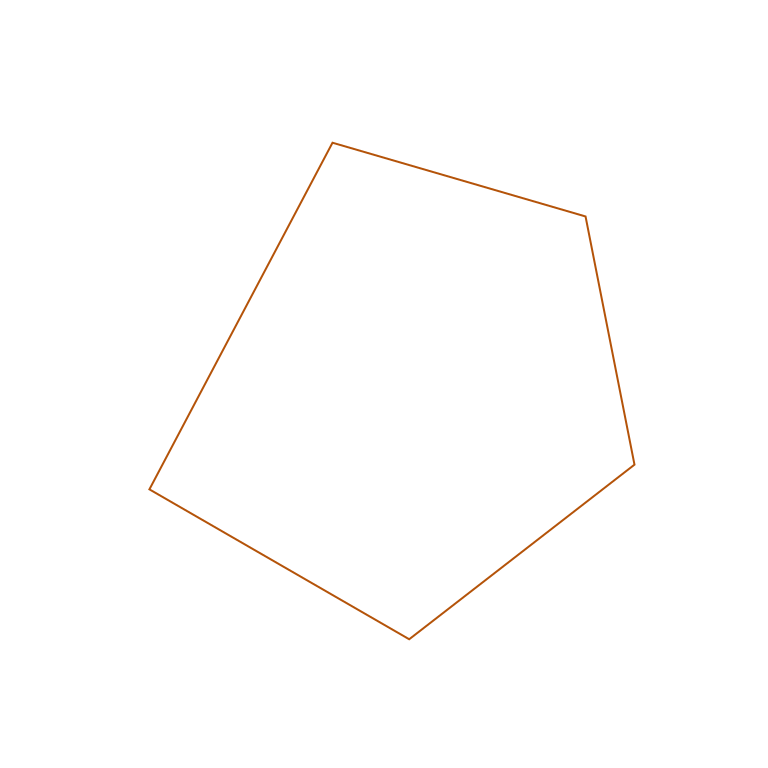 the district of Khanabad city, Andijon, Uzbekistan, rotated 152°
{"feature_id": "79887680B68939090872138", "entity_name": "Khanabad city", "entity_type": "district", "adm_level": 2, "iso_a3": "UZB", "parent_name": "Uzbekistan", "parent_adm1": "Andijon", "projection": "albers", "projection_center": [72.986, 40.823], "detail": "fine", "context": "isolated", "style": "outline", "palette": "amber", "viewbox_px": 768, "rotation_deg": 152, "n_neighbors": 0, "source": "geoboundaries", "source_scale": "gbopen_adm2", "svg_char_len": 238}
<svg xmlns="http://www.w3.org/2000/svg" viewBox="0 0 768 768"><g transform="rotate(152 384 384)"><path d="M640.6,401.1L481.6,146.8L200.7,195.2L127.4,437.3L316.2,621.2L640.6,401.1Z" fill="none" stroke="#b45309" stroke-width="2"/></g></svg>